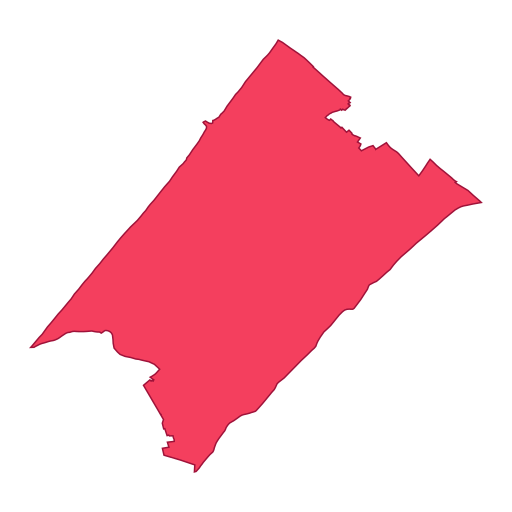 outline of Gaza, Gaza Strip, Palestine
{"feature_id": "87354302B92317438543703", "entity_name": "Gaza", "entity_type": "district", "adm_level": 2, "iso_a3": "PSE", "parent_name": "Palestine", "parent_adm1": "Gaza Strip", "projection": "albers", "projection_center": [34.448, 31.487], "detail": "fine", "context": "isolated", "style": "filled", "palette": "rose", "viewbox_px": 512, "rotation_deg": 0, "n_neighbors": 0, "source": "geoboundaries", "source_scale": "gbopen_adm2", "svg_char_len": 5917}
<svg xmlns="http://www.w3.org/2000/svg" viewBox="0 0 512 512"><path d="M278.2,40.1L277.9,40.6L276.0,43.8L272.8,48.2L269.5,52.9L267.6,55.1L266.1,56.6L263.3,59.3L257.1,67.6L245.5,81.6L241.7,87.5L237.9,92.1L235.6,94.4L232.8,98.5L227.1,106.1L224.1,111.1L221.9,113.3L220.8,114.2L218.9,117.2L217.0,118.3L215.4,119.4L214.0,120.2L212.8,120.5L212.8,121.6L212.6,123.0L211.4,123.5L209.2,123.2L207.2,122.1L205.5,121.0L203.8,121.8L203.1,122.3L204.2,123.8L205.7,125.2L206.5,126.4L206.5,128.1L205.6,130.0L204.5,131.6L202.9,134.6L200.7,138.0L199.3,140.8L196.9,144.2L192.8,149.6L189.4,154.8L186.8,157.9L186.4,159.7L185.7,160.6L184.5,161.9L183.2,163.6L179.3,167.1L176.6,171.3L172.5,176.8L169.6,181.2L164.7,186.7L160.0,192.6L153.9,200.4L150.4,204.2L148.3,206.8L145.7,210.6L143.3,213.2L141.1,216.0L137.4,220.4L130.3,227.2L128.7,229.0L124.9,233.1L120.5,238.1L117.3,242.0L113.0,247.6L107.2,254.6L103.3,259.1L99.8,263.6L95.5,268.4L92.1,273.1L87.3,278.8L85.0,281.2L82.2,284.6L78.7,289.2L74.5,293.9L71.1,299.0L68.0,302.6L61.9,310.0L58.3,313.9L54.1,319.1L50.3,323.7L47.5,326.9L45.2,330.1L44.2,331.5L42.2,334.3L39.2,337.4L32.3,345.6L30.7,347.4L34.0,347.3L35.3,346.5L36.3,346.0L37.9,345.2L39.6,344.3L40.4,344.0L41.2,343.7L42.1,343.4L43.7,343.0L45.1,342.6L47.6,341.8L48.9,341.4L50.5,341.0L52.1,340.7L52.9,340.6L54.0,340.3L55.2,339.9L55.8,339.6L56.8,339.2L58.0,338.6L58.8,338.1L59.7,337.5L61.6,336.1L63.7,334.7L64.9,333.9L66.4,333.0L67.0,332.8L67.5,332.6L67.9,332.5L68.8,332.4L69.8,332.3L70.7,332.0L71.7,331.7L72.4,331.5L73.3,331.4L74.1,331.3L76.9,331.5L79.6,331.6L81.5,331.6L83.4,331.6L85.2,331.5L87.0,331.4L89.3,331.2L91.9,331.0L93.5,331.4L95.1,331.7L95.9,331.8L97.6,332.0L98.4,332.0L99.9,332.1L100.2,332.4L100.5,332.7L100.9,332.9L101.3,333.1L103.1,331.9L104.8,330.6L105.4,330.5L106.0,330.5L106.5,330.5L107.0,330.6L107.7,330.7L108.4,330.9L109.2,331.3L109.9,331.7L110.5,332.1L111.0,332.6L111.6,333.3L111.9,333.9L112.4,334.8L112.5,335.3L113.0,339.5L113.2,343.3L114.1,348.1L117.5,352.0L120.1,354.4L125.1,356.4L130.8,357.5L135.8,359.0L138.5,359.3L139.5,359.5L140.5,359.8L142.5,360.3L149.6,361.9L149.7,362.0L149.9,362.1L150.0,362.3L150.3,362.4L154.4,364.3L159.7,369.2L159.6,369.3L156.0,373.3L155.4,373.9L153.9,375.0L152.9,375.6L152.4,376.0L150.2,377.2L152.7,379.1L153.2,379.4L153.8,379.8L153.1,381.1L151.9,380.4L151.1,381.1L149.9,379.9L143.5,385.3L159.2,412.1L159.7,413.0L160.4,414.2L160.7,414.1L161.1,414.7L160.8,414.9L163.5,419.5L162.3,423.2L163.7,428.9L164.8,428.7L167.1,435.6L168.7,435.1L169.4,435.9L173.0,435.8L173.1,436.1L173.2,436.9L173.3,437.4L173.6,438.3L174.1,439.4L174.2,439.6L174.2,440.1L174.2,440.7L174.2,441.4L167.4,442.2L168.9,447.2L162.4,448.3L164.0,455.2L168.8,456.6L180.6,460.1L194.8,464.9L194.4,471.9L194.7,471.8L196.0,471.5L196.8,470.7L199.3,467.9L200.6,465.9L202.2,463.9L203.3,462.3L207.7,457.1L209.9,454.6L211.7,453.0L212.8,452.0L213.4,450.9L213.9,449.6L214.3,447.9L215.5,444.5L216.2,442.8L217.4,440.8L218.9,438.5L221.5,435.0L223.6,432.2L224.6,431.0L225.4,429.5L226.1,427.6L227.4,425.6L228.4,424.3L229.7,423.0L234.3,420.3L237.0,418.4L240.0,416.2L241.8,415.2L243.6,414.6L247.2,413.8L249.8,413.1L251.7,412.4L252.9,412.1L255.3,411.3L256.2,410.6L262.4,403.7L271.6,392.5L274.2,389.6L275.3,387.7L276.2,385.7L277.0,383.9L278.4,382.4L284.2,377.9L287.7,374.3L301.3,360.4L307.3,354.8L311.7,350.4L314.2,348.2L315.8,346.3L316.8,343.5L317.9,341.1L320.2,337.2L323.9,331.9L327.4,328.7L330.7,325.5L339.1,315.1L342.5,311.7L344.6,310.1L346.9,309.3L349.1,309.1L351.1,309.2L352.8,309.2L354.1,308.3L360.7,299.6L364.5,293.7L367.4,289.3L368.2,287.1L368.7,285.9L369.4,284.8L374.0,282.4L376.4,281.4L379.2,279.1L386.7,272.3L390.2,269.4L393.4,265.1L396.6,261.4L401.1,256.8L410.8,248.4L416.3,243.2L425.4,235.7L432.4,229.7L437.5,225.2L444.4,218.6L447.3,216.3L450.1,214.0L455.1,209.9L458.5,207.9L461.0,206.7L463.6,205.9L467.4,205.2L472.8,204.0L481.3,202.5L480.1,201.3L473.3,195.4L468.0,190.5L457.0,183.9L456.1,183.2L455.2,182.5L456.4,181.6L455.9,181.4L455.5,181.2L454.3,180.3L453.1,179.3L452.2,178.4L451.2,177.5L445.5,172.8L442.8,170.6L440.6,168.9L439.4,167.9L437.8,166.5L436.6,165.5L435.3,164.2L433.1,162.0L430.1,159.3L427.3,163.4L426.3,165.0L425.8,165.8L422.4,170.9L419.2,175.3L418.8,175.8L411.3,167.7L407.5,163.5L401.4,156.8L398.5,153.5L397.6,152.7L396.8,152.0L396.2,151.6L393.0,149.6L391.6,148.6L390.6,147.8L389.9,147.1L389.4,146.6L388.0,144.9L386.4,142.7L375.8,149.3L375.8,149.2L373.0,145.6L371.9,146.0L369.6,146.7L368.5,147.1L363.3,149.8L361.4,150.8L358.8,148.0L359.7,146.7L360.1,146.0L360.4,145.5L360.7,144.5L360.9,144.0L357.5,142.0L360.3,138.0L358.1,137.0L356.6,136.3L355.2,135.8L354.7,135.8L354.4,135.6L353.7,135.3L352.1,134.3L352.0,134.2L351.9,133.9L352.0,133.4L351.9,133.2L350.1,131.3L349.0,130.2L346.5,132.2L345.0,130.6L343.5,129.0L341.9,127.3L341.4,127.8L341.0,128.0L340.4,127.3L338.7,125.9L334.6,122.5L333.2,121.2L333.1,120.8L333.0,120.7L331.8,119.9L330.7,119.0L330.4,119.3L329.7,120.2L329.6,120.3L329.4,120.3L329.2,120.3L328.3,119.8L326.3,118.5L325.3,117.6L326.2,116.7L326.9,115.8L327.9,115.2L328.8,114.4L329.4,113.9L329.8,113.6L330.2,113.5L330.9,113.2L331.2,113.0L332.0,112.5L332.3,112.3L332.7,112.2L335.0,111.5L337.3,110.9L337.8,110.7L340.2,109.8L340.4,109.6L340.5,109.5L340.5,109.2L340.9,109.4L341.7,110.2L342.8,109.2L343.4,109.6L343.8,109.8L344.2,109.9L344.6,109.9L345.1,110.2L345.8,109.6L346.2,109.0L346.3,109.1L348.2,107.4L349.5,106.2L349.9,105.9L350.1,105.7L349.6,104.8L349.4,104.8L349.2,104.9L349.1,105.0L349.0,104.8L348.8,104.6L348.1,103.9L349.0,103.0L349.5,102.9L349.7,103.0L350.2,102.6L348.3,100.9L349.3,99.9L350.3,98.7L349.9,98.4L350.7,97.2L349.9,96.8L349.3,96.5L348.8,96.4L347.9,96.1L345.8,95.6L345.2,95.5L344.4,95.1L343.9,94.8L343.6,94.6L343.2,94.2L342.6,93.6L342.2,93.1L337.9,89.1L337.5,88.8L329.7,82.0L322.5,75.6L313.1,67.1L313.4,66.7L310.2,63.5L305.7,59.2L304.4,58.0L303.9,57.6L303.1,57.0L300.8,55.4L298.3,53.5L297.1,52.7L296.2,52.1L289.6,47.6L282.6,42.5L278.2,40.1Z" fill="#f43f5e" stroke="#9f1239" stroke-width="1.5"/></svg>